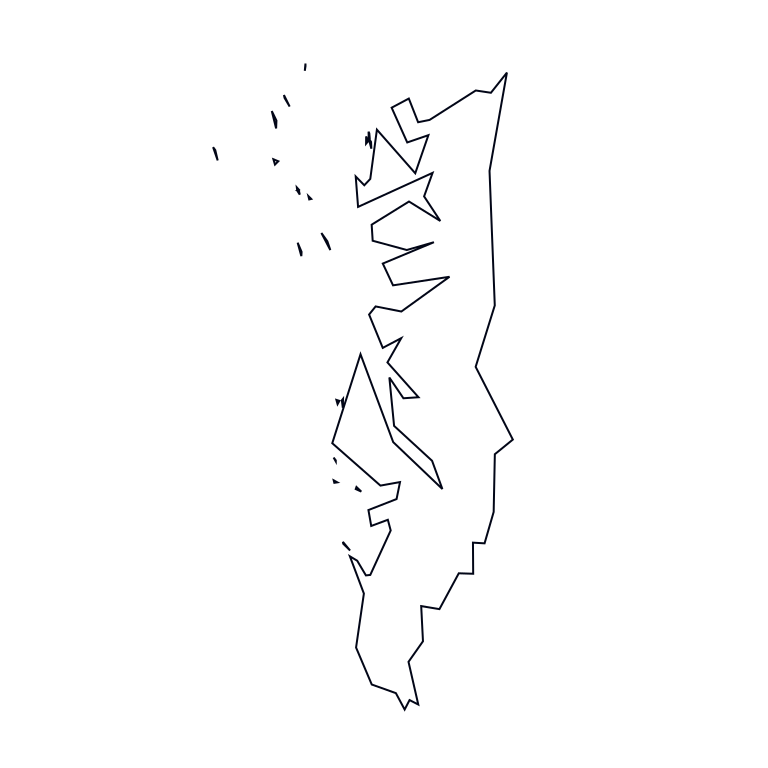 the district of Reykhólahreppur, Vestfirðir, Iceland, rotated 85°
{"feature_id": "244011B19971250001035", "entity_name": "Reykhólahreppur", "entity_type": "district", "adm_level": 2, "iso_a3": "ISL", "parent_name": "Iceland", "parent_adm1": "Vestfirðir", "projection": "robinson", "projection_center": [-22.458, 65.5], "detail": "medium", "context": "isolated", "style": "outline", "palette": "ink", "viewbox_px": 768, "rotation_deg": 85, "n_neighbors": 0, "source": "geoboundaries", "source_scale": "gbopen_adm2", "svg_char_len": 1972}
<svg xmlns="http://www.w3.org/2000/svg" viewBox="0 0 768 768"><g transform="rotate(85 384 384)"><path d="M710.1,391.8L701.1,386.1L706.3,377.8L662.9,383.8L643.7,367.6L608.5,366.3L613.1,348.4L579.1,326.0L580.8,311.7L549.8,309.2L551.5,297.7L521.0,285.9L463.6,279.7L450.6,260.5L374.9,291.2L315.4,266.8L180.9,260.3L84.5,234.4L103.2,252.1L99.6,267.0L124.9,315.6L126.2,327.2L101.8,334.4L109.4,352.3L145.4,339.8L140.0,318.1L176.8,334.5L130.0,368.9L178.5,379.8L184.3,386.3L174.8,394.1L205.3,394.4L177.9,317.2L200.6,327.7L226.5,313.7L204.4,343.2L224.2,382.4L240.3,382.8L252.5,349.6L247.1,321.9L263.9,374.7L286.5,366.4L282.9,309.4L313.3,360.4L306.0,385.6L313.5,392.8L347.9,382.1L339.8,362.8L362.8,378.7L400.2,350.8L399.9,365.9L378.0,378.1L426.6,377.6L464.7,342.8L493.7,335.0L442.7,379.9L352.3,404.8L438.5,440.7L484.9,396.4L483.1,376.6L499.7,381.5L508.2,410.5L524.3,409.1L519.6,392.0L530.5,390.1L573.0,414.3L573.1,418.7L557.7,426.1L552.7,433.0L591.0,422.3L644.1,434.8L682.3,422.4L693.0,399.1L710.1,391.8ZM120.0,469.2L112.2,468.2L102.3,472.0L120.0,469.2ZM228.1,433.2L245.9,425.8L236.9,428.0L228.1,433.2ZM155.9,473.5L152.9,469.9L150.5,474.6L155.9,473.5ZM486.2,421.3L489.2,416.0L484.2,420.4L486.2,421.3ZM400.0,432.0L396.9,429.9L395.7,432.8L400.0,432.0ZM148.5,376.1L141.7,375.8L140.0,376.7L140.1,377.3L138.3,376.8L133.0,376.8L131.3,377.4L138.1,377.8L148.5,376.1ZM143.0,380.9L140.9,378.8L135.8,380.2L143.0,380.9ZM404.1,427.1L395.2,426.1L396.6,427.4L404.1,427.1ZM60.5,434.5L57.9,434.3L65.1,435.6L60.5,434.5ZM478.1,442.1L477.9,439.1L475.6,442.5L478.1,442.1ZM146.8,530.2L136.3,531.7L133.2,533.6L146.8,530.2ZM539.6,438.5L546.9,432.3L537.7,438.7L539.6,438.5ZM193.6,442.4L193.3,440.4L190.3,442.9L193.6,442.4ZM249.4,455.2L245.2,454.6L235.7,457.7L249.4,455.2ZM183.7,453.6L188.0,451.4L183.9,451.9L183.6,453.0L183.1,451.8L180.6,453.7L183.7,453.6ZM90.4,458.1L99.4,453.8L87.4,458.5L90.4,458.1ZM455.9,438.7L452.9,440.6L456.9,438.8L455.9,438.7Z" fill="none" stroke="#020617" stroke-width="2"/></g></svg>